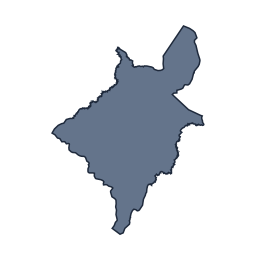 Somdet, Kalasin, Thailand (Mercator projection), rotated 185°
{"feature_id": "78962969B31755539935973", "entity_name": "Somdet", "entity_type": "district", "adm_level": 2, "iso_a3": "THA", "parent_name": "Thailand", "parent_adm1": "Kalasin", "projection": "mercator", "projection_center": [103.756, 16.783], "detail": "fine", "context": "isolated", "style": "filled", "palette": "slate", "viewbox_px": 256, "rotation_deg": 185, "n_neighbors": 0, "source": "geoboundaries", "source_scale": "gbopen_adm2", "svg_char_len": 5842}
<svg xmlns="http://www.w3.org/2000/svg" viewBox="0 0 256 256"><g transform="rotate(185 128 128)"><path d="M203.2,116.3L200.2,114.9L197.4,111.9L195.0,111.5L192.7,108.5L190.2,108.9L189.4,108.5L188.0,106.9L186.0,107.4L185.3,107.2L185.0,106.8L185.2,103.3L184.8,101.1L182.5,99.3L181.0,98.8L178.1,98.8L175.2,96.8L173.5,96.1L171.8,95.8L169.2,95.9L167.8,95.0L166.1,91.4L164.3,90.4L163.7,89.6L163.7,88.8L164.3,88.1L163.5,86.5L164.3,83.9L164.1,81.3L163.6,80.3L162.5,79.9L159.1,80.2L157.5,80.0L157.4,77.2L156.0,75.0L155.4,74.7L150.3,74.1L148.3,73.3L147.4,72.4L147.7,70.4L147.4,69.2L145.0,69.7L143.9,69.5L142.1,68.4L139.4,67.9L138.0,67.1L137.9,66.8L139.8,63.7L139.8,62.8L138.0,58.1L135.0,56.5L133.7,55.1L133.2,51.5L133.4,48.3L132.3,45.3L132.4,40.7L130.8,35.8L130.8,34.9L132.3,32.9L133.2,29.6L135.0,26.6L126.7,21.5L123.7,23.1L122.4,27.7L118.2,32.3L118.0,34.3L118.6,35.8L118.1,36.7L118.1,38.5L117.7,38.9L117.9,40.0L117.5,43.2L116.4,46.1L115.1,47.6L113.0,47.3L111.6,46.3L110.2,46.7L109.4,47.5L106.8,52.3L106.4,58.4L104.9,62.4L104.6,64.4L103.9,65.6L103.9,69.1L103.5,71.9L102.7,73.5L100.9,74.1L101.0,73.7L100.1,73.8L100.1,73.4L99.5,73.0L99.5,73.8L98.9,74.8L97.6,75.6L97.1,76.6L96.2,76.6L96.3,77.2L95.9,77.7L96.2,77.8L96.2,78.2L95.4,79.3L96.0,80.2L95.5,81.0L96.7,82.1L96.9,82.8L95.8,83.7L95.6,84.4L94.7,83.9L94.3,83.4L93.8,83.9L93.2,83.8L92.1,86.5L91.7,86.4L91.8,86.7L91.5,86.7L91.4,87.4L91.0,87.5L90.2,87.5L88.9,86.8L88.6,85.9L88.1,86.0L87.9,86.5L86.7,85.8L86.2,85.8L86.0,85.5L85.6,85.9L84.6,85.8L84.6,86.4L83.8,86.6L83.7,87.2L82.6,86.9L81.6,86.2L81.4,87.0L80.8,86.8L80.8,88.1L81.7,89.8L81.0,89.9L81.2,92.1L80.8,92.7L80.2,92.7L80.6,93.4L80.2,93.7L79.8,93.5L79.3,95.0L78.5,95.6L79.4,96.1L79.2,96.5L79.4,96.6L78.5,97.4L78.3,98.4L79.1,100.2L78.4,100.5L77.4,102.2L77.1,102.1L77.1,102.5L76.6,102.7L76.1,103.6L76.4,103.9L75.9,104.1L76.3,104.6L75.8,104.7L75.3,105.4L76.1,106.1L75.7,106.2L75.8,107.1L76.2,107.6L75.9,108.2L76.4,108.0L76.9,109.2L76.6,109.9L77.5,110.3L77.2,111.6L77.7,111.7L77.4,112.1L78.0,112.6L77.4,112.8L78.1,113.4L78.0,113.7L78.3,113.9L78.4,114.4L78.6,114.3L78.4,115.2L79.0,115.2L79.3,115.6L78.7,116.5L78.3,118.4L77.5,119.2L77.0,119.4L76.7,119.1L75.8,119.7L76.1,119.9L75.6,120.7L76.1,120.9L75.9,121.3L76.1,121.4L75.2,123.9L76.2,124.3L76.5,125.4L74.0,128.4L74.5,128.7L74.4,129.1L74.6,128.8L75.4,129.3L75.6,129.8L75.2,130.9L73.7,132.7L72.2,133.5L71.1,135.2L70.1,135.4L70.1,135.7L69.3,135.5L69.4,135.8L68.9,135.9L68.9,136.3L68.5,136.4L68.6,137.0L68.1,136.7L68.1,137.3L67.3,136.9L67.4,137.3L67.0,137.7L66.6,137.5L66.5,137.0L66.5,137.7L64.6,138.5L64.5,138.1L63.7,138.4L63.2,137.8L61.5,137.8L60.6,136.5L60.1,136.4L59.6,137.1L59.4,137.0L59.4,137.4L58.2,137.2L57.9,137.8L56.8,137.2L56.0,137.1L55.1,137.6L54.2,137.1L53.4,137.3L52.8,137.9L53.2,139.0L54.2,140.0L54.4,141.6L55.3,143.5L55.5,145.3L55.1,146.5L56.8,146.9L69.3,151.5L86.8,165.2L85.5,166.7L82.4,167.2L82.6,169.8L78.6,171.3L76.9,172.4L75.5,175.8L74.8,176.1L72.0,176.1L70.5,177.4L68.4,182.2L67.4,188.6L66.9,188.7L66.9,190.4L63.5,195.4L62.6,197.7L62.2,201.3L62.5,202.7L65.0,208.6L67.5,216.2L69.3,219.1L69.4,221.2L67.2,223.8L69.6,228.9L71.7,230.6L75.4,232.6L81.6,234.5L99.2,202.7L98.7,200.0L98.6,194.9L97.6,190.3L98.9,189.0L100.6,188.2L103.2,187.8L106.9,188.7L108.2,190.2L109.7,190.8L114.7,191.4L117.3,191.2L118.0,190.3L118.9,190.8L120.7,190.4L122.2,190.8L124.2,190.2L125.0,189.6L126.2,189.7L126.6,189.1L127.4,189.3L128.8,190.2L128.2,190.4L128.2,191.1L128.5,191.1L129.3,193.2L129.2,195.2L131.2,196.1L131.7,195.8L132.5,196.1L133.0,197.5L134.1,197.9L134.1,198.3L134.8,198.4L134.9,198.9L135.6,199.0L135.5,199.5L135.8,199.7L135.4,200.5L136.9,202.9L142.6,205.7L144.4,207.4L145.3,207.4L145.2,206.8L144.8,206.8L144.6,206.2L145.3,206.4L145.7,205.9L145.6,205.2L146.4,204.8L146.7,204.0L145.9,203.8L145.8,203.2L145.3,203.2L144.2,202.0L143.7,202.2L143.8,201.2L144.5,200.6L143.5,200.5L143.2,199.5L142.9,199.9L142.3,199.8L142.4,198.8L142.0,198.9L141.7,198.7L141.7,198.0L141.2,198.1L140.8,196.0L140.3,195.5L141.2,194.3L141.3,191.9L142.5,190.6L143.1,190.4L143.3,189.4L143.9,189.0L142.8,188.1L143.5,187.7L143.7,188.2L144.4,188.1L145.2,186.2L145.0,185.1L145.5,183.6L145.0,182.7L145.7,181.6L145.8,180.8L145.2,180.0L145.5,179.9L145.2,179.6L145.6,179.3L145.1,178.0L145.5,177.0L144.9,176.9L145.2,176.4L145.1,176.0L144.1,176.0L143.4,175.3L143.4,174.9L142.8,174.9L143.3,174.2L143.2,173.7L142.7,173.5L142.9,173.2L142.2,173.4L142.8,171.5L143.2,171.5L143.6,170.9L143.4,170.4L144.3,169.8L145.3,169.9L145.5,168.9L145.7,169.0L146.4,167.6L146.7,167.8L146.7,167.4L147.3,166.8L147.8,167.3L147.9,166.8L148.5,166.9L148.9,166.3L149.2,166.4L149.2,166.0L149.7,165.8L149.7,165.0L149.4,164.8L149.9,164.4L149.7,163.9L150.8,163.9L151.7,163.1L151.7,162.7L152.0,163.0L152.6,162.4L153.6,162.7L153.9,161.9L154.4,162.2L155.1,161.8L155.5,162.0L155.4,161.4L156.1,161.2L156.2,160.8L156.6,161.3L156.5,160.5L157.5,159.9L157.0,159.5L157.0,157.3L157.4,157.0L158.2,157.4L158.2,157.0L158.6,157.1L159.1,156.5L159.3,156.8L160.1,156.0L160.1,155.5L160.7,155.3L160.5,155.0L160.0,155.0L160.4,154.8L160.3,154.1L160.8,153.9L160.3,153.3L160.4,152.3L161.0,152.1L161.4,151.3L162.0,151.6L162.3,150.6L163.0,150.7L163.1,151.1L164.3,151.2L165.1,151.8L166.0,151.6L165.7,151.4L165.9,150.5L167.2,150.0L167.2,149.7L167.6,150.1L168.0,149.4L167.3,148.9L167.3,148.3L167.8,147.4L167.5,146.7L167.1,146.8L167.1,146.4L167.6,145.8L168.6,145.9L168.6,146.3L169.0,146.1L168.7,144.8L169.2,144.7L169.6,143.9L169.9,144.5L170.3,144.1L170.9,144.3L171.1,144.0L173.4,144.1L173.7,144.0L173.5,143.6L174.8,144.0L175.0,143.5L175.5,143.5L175.7,143.0L176.6,143.2L177.7,142.6L178.6,141.4L179.0,140.0L179.4,139.8L179.3,139.3L180.0,138.8L180.1,137.9L180.7,138.1L181.5,136.4L181.9,135.8L182.5,135.7L181.9,135.1L183.5,133.8L183.2,133.0L184.0,133.1L184.4,132.6L186.5,132.5L190.2,131.1L192.4,127.2L194.6,126.5L197.7,124.6L201.2,120.6L203.2,116.3Z" fill="#64748b" stroke="#1e293b" stroke-width="1.5"/></g></svg>